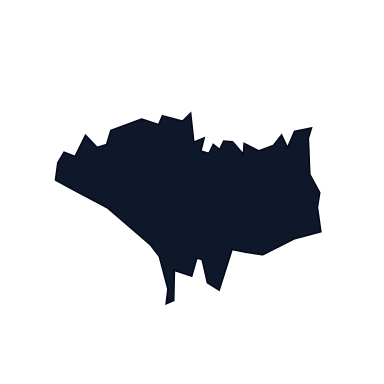 the district of Hamblen, Tennessee, United States of America, rotated 27°
{"feature_id": "52423323B13486239193987", "entity_name": "Hamblen", "entity_type": "district", "adm_level": 2, "iso_a3": "USA", "parent_name": "United States of America", "parent_adm1": "Tennessee", "projection": "mercator", "projection_center": [-83.267, 36.215], "detail": "fine", "context": "isolated", "style": "filled", "palette": "ink", "viewbox_px": 384, "rotation_deg": 27, "n_neighbors": 0, "source": "geoboundaries", "source_scale": "gbopen_adm2", "svg_char_len": 782}
<svg xmlns="http://www.w3.org/2000/svg" viewBox="0 0 384 384"><g transform="rotate(27 192 192)"><path d="M267.0,221.4L283.5,215.9L304.4,187.3L324.9,168.9L310.7,148.6L306.1,134.5L289.0,122.8L271.3,91.3L269.4,80.6L255.8,91.4L256.9,109.1L245.9,100.4L243.4,113.5L232.8,125.0L216.3,125.0L220.6,135.0L205.4,128.8L197.1,132.2L197.3,141.5L189.3,139.9L189.5,149.9L181.3,151.4L178.3,138.2L171.0,146.7L155.0,122.3L151.4,133.1L131.0,137.5L131.6,147.1L114.0,149.8L91.7,174.0L94.3,188.5L87.1,195.3L71.3,189.7L71.6,213.4L59.9,214.6L59.1,226.8L64.9,243.4L87.6,244.0L124.1,244.6L178.9,258.0L192.1,264.3L214.6,289.5L219.7,303.4L225.0,297.0L212.0,269.9L230.0,267.1L226.4,248.7L231.7,247.7L246.9,265.9L260.8,267.2L253.8,225.0L267.0,221.4Z" fill="#0f172a" stroke="#020617" stroke-width="1.5"/></g></svg>